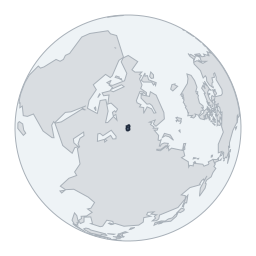 Penza on an orthographic globe, rotated 92°
{"feature_id": "RUS-2373", "entity_name": "Penza", "entity_type": "Region", "adm_level": 1, "iso_a3": "RUS", "parent_name": "Russia", "parent_adm1": "", "projection": "orthographic", "projection_center": [44.677, 53.167], "detail": "fine", "context": "on_globe", "style": "filled", "palette": "slate", "viewbox_px": 256, "rotation_deg": 92, "n_neighbors": 0, "source": "natural_earth", "source_scale": "10m", "svg_char_len": 11558}
<svg xmlns="http://www.w3.org/2000/svg" viewBox="0 0 256 256"><g transform="rotate(92 128 128)"><circle cx="128" cy="128" r="113" fill="#eef3f6" stroke="#a8b0b8"/><path d="M106.2,17.5L111.7,16.8L114.1,18.6L111.1,18.7L112.0,19.3L115.9,19.3L118.2,19.2L126.7,23.1L139.2,26.1L144.3,25.7L142.3,27.0L152.7,25.6L160.2,27.4L151.0,26.3L149.5,26.9L154.3,28.4L153.7,29.4L155.7,30.8L154.7,31.9L149.4,31.4L148.6,32.2L152.0,33.3L153.1,35.2L148.2,33.5L149.7,36.9L141.1,37.2L128.8,32.6L123.3,34.5L108.7,34.6L109.3,35.9L104.1,37.1L102.9,39.1L100.5,38.7L101.6,40.7L103.9,40.6L105.2,41.5L104.7,42.7L101.6,42.4L101.4,41.8L100.2,42.3L98.9,41.7L99.3,42.7L95.6,42.4L98.4,44.6L94.8,45.9L92.6,45.1L93.9,42.8L92.0,35.9L90.2,34.9L86.2,35.5L76.6,41.6L74.1,41.6L69.9,43.3L70.8,44.3L74.3,43.4L74.9,45.9L79.2,44.7L80.0,45.6L84.0,45.5L82.2,48.2L78.3,51.0L74.9,51.3L73.1,52.6L75.4,54.6L68.1,57.6L61.8,64.1L60.0,64.7L58.3,61.4L60.8,55.4L58.6,51.9L58.8,57.0L54.4,58.8L53.2,60.4L52.7,62.0L53.9,62.5L52.1,63.8L51.3,59.1L52.9,57.8L53.1,59.3L54.2,56.5L53.6,53.7L51.5,55.0L52.9,50.1L51.4,51.0L50.8,50.6L53.1,49.3L49.0,51.6L50.3,47.6L44.6,52.4L51.5,45.8L54.8,42.7L58.3,39.7L57.3,40.3L63.2,35.9L63.6,35.6L71.4,30.6L79.7,26.2L88.3,22.6L97.2,19.7L106.2,17.5ZM15.7,136.2L16.0,139.8L17.6,150.2L18.1,152.6L16.6,144.4L15.7,136.2ZM39.9,57.8L35.5,63.8L36.0,63.1L39.9,57.8ZM43.0,54.5L44.3,53.0L43.3,54.3L43.0,54.5ZM119.4,19.1L116.0,19.3L112.7,19.0L115.5,18.7L119.4,19.1ZM125.6,20.3L123.9,20.6L123.0,19.5L124.3,19.7L125.6,20.3ZM148.1,25.3L145.5,24.7L148.2,25.0L148.1,25.3ZM156.2,30.8L157.1,30.7L157.8,31.5L156.2,30.8ZM84.7,44.1L84.4,44.8L83.8,44.4L84.7,44.1ZM86.8,43.4L86.4,42.5L87.3,42.1L87.5,42.6L86.8,43.4ZM156.8,34.0L157.5,35.4L155.8,33.8L156.8,34.0ZM87.0,44.7L89.0,41.4L90.6,40.7L92.8,42.3L87.0,44.7ZM157.4,36.1L159.3,39.7L161.5,39.7L156.4,42.0L156.5,38.0L154.0,36.1L156.3,36.7L157.4,36.1ZM104.9,40.1L102.4,40.2L105.0,39.0L104.9,40.1ZM106.3,39.1L112.6,34.6L116.1,35.2L113.3,36.5L118.2,36.5L116.9,39.0L113.8,39.6L111.8,38.6L112.8,40.3L106.3,39.1ZM153.3,42.7L153.0,43.6L152.3,42.6L153.3,42.7ZM105.9,41.7L106.8,40.7L110.0,41.1L108.6,43.3L108.0,42.4L105.9,41.7ZM120.2,35.4L122.3,36.1L121.8,38.4L122.5,39.0L117.1,39.1L120.2,35.4ZM107.1,43.0L107.9,44.4L105.9,45.4L105.2,42.8L107.1,43.0ZM111.3,40.4L112.8,40.7L111.5,41.2L111.3,40.4ZM99.5,49.8L100.5,48.4L102.3,48.5L99.5,49.8ZM108.3,44.9L109.0,44.5L109.8,44.4L109.9,45.6L108.3,44.9ZM117.1,40.7L116.5,41.6L119.3,40.8L119.0,42.5L115.5,42.4L116.9,43.2L116.8,43.7L114.0,43.0L117.1,40.7ZM112.4,46.5L107.8,47.1L105.5,49.5L103.9,49.5L107.9,45.6L112.4,46.5ZM113.6,44.5L112.5,45.7L111.1,45.0L111.0,43.7L113.6,44.5ZM120.1,43.8L121.4,41.2L122.2,41.3L120.1,43.8ZM112.0,47.3L113.1,47.2L112.0,47.6L112.0,47.3ZM117.9,45.0L118.3,44.0L119.1,44.2L117.9,45.0ZM115.0,47.8L113.5,47.9L113.4,47.0L115.0,47.8ZM116.6,46.6L117.6,47.1L114.2,46.6L116.6,46.2L116.6,46.6ZM118.6,45.4L119.2,45.1L118.4,45.7L118.6,45.4ZM116.3,51.2L112.1,50.8L111.9,48.8L116.0,49.4L116.3,51.2ZM86.5,232.7L85.3,232.1L78.7,228.6L69.2,219.8L71.2,217.6L69.9,214.1L62.0,202.3L63.7,198.2L61.7,194.9L57.6,193.1L55.5,188.9L53.1,187.3L38.7,177.4L34.9,169.5L31.5,151.4L34.5,148.8L36.0,142.6L57.4,135.0L60.8,139.5L76.4,145.6L78.2,147.5L75.2,152.3L86.0,164.2L90.8,161.0L101.7,167.8L109.7,169.2L114.6,159.2L101.5,156.8L100.4,151.1L111.8,148.5L123.4,150.6L123.3,148.5L117.0,142.9L120.6,139.3L114.9,140.6L116.5,143.1L112.9,144.1L111.2,141.9L112.6,140.7L109.4,139.1L103.7,145.8L104.8,149.0L95.7,148.1L96.6,153.5L93.8,155.1L91.3,146.6L92.3,144.0L86.9,133.3L85.0,135.9L90.0,146.3L88.0,144.9L85.5,148.8L85.9,144.8L80.9,133.1L73.4,131.1L62.1,137.1L58.1,135.2L55.5,130.3L61.3,120.6L69.7,126.1L71.9,123.0L71.6,116.1L74.2,118.5L75.1,116.4L78.4,118.2L84.5,115.5L88.1,116.7L91.9,110.8L94.3,110.8L91.4,114.2L91.2,117.4L100.3,120.6L102.5,119.8L104.2,115.8L106.5,117.3L107.0,113.0L112.9,112.9L106.2,109.6L108.0,105.1L112.3,102.6L111.8,100.6L104.7,104.8L103.0,107.1L103.5,109.9L97.7,116.0L94.3,116.0L95.7,107.7L91.0,106.9L94.2,101.0L111.3,92.7L117.7,92.0L125.3,100.1L123.0,102.8L119.1,101.1L121.4,106.8L121.8,104.3L123.7,105.7L126.0,102.0L127.4,102.8L127.1,98.1L129.1,98.7L129.3,101.7L134.4,97.1L139.0,97.5L139.4,96.1L138.6,94.5L145.0,96.1L145.0,95.0L143.0,94.1L141.7,91.3L142.0,87.2L144.2,88.0L144.4,89.6L148.1,94.2L148.3,98.5L149.2,98.5L149.6,94.9L145.1,89.2L144.6,86.5L147.1,88.9L146.2,87.8L146.6,86.7L149.1,86.5L146.6,83.8L148.7,71.7L153.8,70.3L155.8,73.5L159.6,66.6L165.0,66.0L163.1,65.0L163.6,61.4L161.9,61.5L161.0,60.8L161.6,52.0L163.5,50.8L161.6,46.3L160.6,45.9L159.1,46.6L156.4,42.0L161.5,39.7L163.5,40.8L165.3,38.8L169.6,41.6L173.9,43.2L177.5,47.8L180.7,48.8L181.0,47.9L185.5,48.9L193.7,54.2L185.5,53.6L173.1,47.4L178.0,50.2L176.4,50.7L177.9,52.5L181.5,54.5L182.2,53.9L185.4,64.0L193.0,72.5L193.6,68.4L196.5,68.2L205.7,75.3L213.9,93.4L217.8,94.1L219.7,96.4L220.0,100.5L217.2,97.3L215.3,98.6L213.7,96.3L213.2,102.1L210.9,99.1L211.6,105.3L214.1,106.4L215.4,102.2L217.0,109.1L221.5,109.5L224.7,113.9L226.3,128.6L223.9,137.4L224.3,139.2L221.9,139.9L220.9,146.0L227.0,149.9L227.6,152.3L224.9,161.8L224.5,160.2L218.2,162.1L218.6,168.8L223.4,168.7L225.1,172.2L222.1,174.2L220.1,171.3L217.9,171.8L217.4,166.4L213.5,160.9L210.3,165.6L209.5,162.3L203.6,158.8L198.5,165.3L191.1,180.0L191.8,188.3L188.5,193.6L180.3,185.3L177.2,177.6L173.8,179.8L165.6,174.7L150.3,177.9L148.5,175.7L145.6,177.4L139.9,175.6L137.2,171.7L133.6,172.2L140.7,182.2L144.7,181.6L148.4,177.1L149.6,180.6L155.2,182.9L147.8,192.6L125.7,201.2L124.2,194.8L110.7,174.6L111.4,172.3L111.4,172.1L111.3,171.6L109.4,175.1L107.3,170.8L113.8,185.5L114.6,191.2L125.4,201.5L124.2,202.5L127.9,204.4L140.3,201.6L140.3,203.6L134.0,212.8L117.3,223.0L119.9,228.9L119.3,233.1L109.8,234.4L111.5,236.8L106.7,236.7L107.0,237.6L103.7,237.6L97.7,236.5L88.4,233.4L86.5,232.7ZM48.8,142.6L48.0,144.3L48.8,142.6ZM135.0,158.0L142.4,158.1L140.2,151.3L142.9,150.8L141.1,148.7L140.0,150.8L136.0,145.1L139.5,142.8L139.2,139.7L136.7,139.6L130.8,144.7L136.6,152.8L134.4,155.7L135.0,158.0ZM28.8,74.8L27.6,77.2L28.5,75.3L28.8,74.8ZM33.2,67.2L34.4,65.4L29.7,73.1L31.1,70.5L33.2,67.2ZM42.2,55.2L41.2,56.4L41.0,56.5L42.2,55.2ZM42.3,55.4L42.5,55.1L43.4,54.2L42.3,55.4ZM54.5,59.0L54.5,59.5L53.7,61.2L53.4,60.6L54.5,59.0ZM54.2,68.6L51.4,70.6L53.2,68.6L52.2,67.9L54.8,63.2L59.3,64.8L56.8,64.8L54.2,68.6ZM59.4,57.6L57.3,60.2L59.4,57.3L59.4,57.6ZM77.1,104.2L77.7,106.4L75.7,108.2L71.2,107.2L74.0,104.4L77.1,104.2ZM79.1,109.1L81.7,101.4L84.6,101.9L82.6,102.9L84.2,104.0L81.3,105.9L81.5,114.2L79.8,116.4L72.4,112.9L75.7,112.8L74.9,110.5L79.1,109.1ZM83.4,82.7L84.6,79.8L89.4,84.5L87.7,86.7L83.1,85.6L82.3,82.5L83.4,82.7ZM90.5,48.4L90.7,47.4L91.5,47.4L92.1,48.3L90.5,48.4ZM99.8,49.1L90.8,53.1L90.5,52.0L85.6,55.8L82.9,54.7L86.2,52.2L80.4,54.2L82.3,51.6L78.5,53.3L86.1,48.0L87.5,45.8L86.9,48.6L89.4,49.7L90.9,49.6L96.2,47.5L100.5,43.6L103.6,44.3L104.7,45.8L104.1,46.8L102.3,46.0L102.8,48.0L99.7,47.7L99.8,49.1ZM115.0,65.7L113.1,63.9L113.7,68.7L110.6,68.0L110.9,68.6L108.2,69.4L105.4,71.4L104.1,70.7L103.6,71.8L101.8,72.4L100.6,73.7L97.9,72.9L96.3,74.5L96.0,73.3L93.8,76.2L94.2,73.7L92.0,74.4L92.8,76.5L81.4,70.2L76.4,69.8L71.9,71.0L73.2,66.8L78.3,63.1L84.8,60.5L89.5,61.6L89.3,59.6L91.5,59.6L90.7,61.1L93.1,58.7L94.7,59.2L100.6,57.4L103.1,53.9L105.3,53.3L105.1,54.9L107.4,53.2L108.6,55.8L110.2,55.5L112.9,57.9L111.7,61.4L113.6,60.7L115.7,62.7L115.0,65.7ZM117.0,52.0L116.2,56.0L114.1,57.7L110.2,52.9L108.6,52.8L106.0,50.0L109.1,47.7L109.6,48.7L110.7,49.1L109.3,49.7L111.3,49.6L112.0,51.0L113.7,51.3L113.0,52.5L117.0,52.0ZM80.9,146.4L82.4,147.3L84.9,148.1L83.4,150.7L80.9,146.4ZM77.4,138.5L78.8,138.8L77.9,142.6L76.4,141.7L77.4,138.5ZM80.4,135.8L79.0,138.5L78.8,136.5L80.4,135.8ZM92.8,114.3L94.4,114.4L94.3,115.5L93.0,116.6L92.8,114.3ZM116.1,80.5L115.4,79.0L116.0,78.6L116.6,75.0L119.0,75.3L119.5,77.6L116.1,80.5ZM112.0,160.7L109.2,162.4L108.2,161.2L109.3,160.9L112.0,160.7ZM95.3,156.9L98.7,159.3L94.8,157.6L95.3,156.9ZM118.8,80.2L118.7,78.7L119.9,79.8L118.8,80.2ZM120.7,75.4L122.2,76.4L119.3,74.9L120.7,75.4ZM139.0,232.3L132.3,238.1L126.9,238.2L125.4,236.9L127.6,233.4L133.8,232.1L136.7,230.0L139.0,232.3ZM234.9,163.3L235.7,161.0L235.6,161.4L234.9,163.3ZM234.2,164.9L235.3,162.1L233.8,166.0L234.2,164.9ZM235.6,161.0L236.7,157.5L237.2,155.7L237.0,156.6L235.6,161.0ZM233.4,166.8L228.0,176.8L225.5,179.9L226.3,177.9L230.3,171.9L233.4,166.8ZM226.1,178.2L222.1,180.7L214.7,178.5L217.4,176.1L224.7,174.1L224.3,175.6L226.8,174.7L226.1,178.2ZM235.0,157.8L234.5,161.3L231.8,166.7L230.4,168.7L229.5,166.6L230.0,163.7L231.2,161.8L234.6,146.8L236.1,145.6L235.3,151.1L236.4,151.3L235.0,157.8ZM192.4,188.8L195.3,192.0L193.3,193.8L192.4,188.8ZM235.0,138.6L234.3,145.0L234.6,137.8L235.0,138.6ZM234.5,132.8L235.1,134.2L234.1,134.0L234.5,132.8ZM225.2,141.6L224.0,144.1L223.5,143.0L224.7,139.1L225.2,141.6ZM227.2,117.7L229.0,121.2L229.4,122.9L227.9,121.8L227.2,117.7ZM138.7,82.1L135.3,86.7L134.4,90.5L136.3,93.3L132.1,91.4L133.5,85.5L138.7,82.1ZM147.3,72.9L145.5,70.6L147.2,70.4L147.8,70.9L147.3,72.9ZM145.6,72.3L141.7,71.8L141.4,69.8L144.5,70.6L145.6,72.3ZM130.2,75.8L129.0,77.1L128.1,76.1L130.2,75.8ZM240.5,133.6L240.3,135.6L240.6,130.6L240.5,133.6ZM239.5,143.7L239.4,144.7L239.2,145.3L239.5,143.7ZM240.0,140.1L239.7,142.6L239.8,141.6L240.0,139.6L240.0,140.1ZM237.1,150.3L237.4,151.1L238.4,146.4L237.6,150.8L238.0,151.4L237.6,153.4L237.3,152.4L236.7,156.6L236.2,158.0L236.2,156.0L236.9,150.9L237.4,147.9L239.1,141.1L237.1,150.3ZM239.9,139.4L239.7,138.2L239.8,136.0L240.0,136.1L239.9,139.4ZM238.6,135.9L237.5,135.9L237.0,139.3L237.6,130.9L238.6,132.2L238.6,135.9ZM236.9,132.4L236.5,135.5L236.6,131.1L236.9,132.4ZM236.1,135.2L235.5,133.6L236.1,132.1L236.1,135.2ZM237.2,131.3L236.5,127.8L237.2,128.7L237.2,131.3ZM233.9,130.2L236.1,129.5L234.1,133.1L231.7,127.2L232.3,125.0L233.9,130.2ZM222.7,93.7L221.3,92.5L221.2,90.1L222.2,91.6L222.7,93.7ZM219.7,82.0L220.7,89.1L221.3,95.2L222.2,94.6L224.3,98.6L221.8,97.8L219.7,91.5L219.7,87.5L217.5,84.5L216.2,80.4L213.2,77.9L211.9,75.5L214.6,76.6L219.7,82.0ZM211.9,77.0L206.2,71.8L207.1,68.9L208.6,69.3L210.8,72.9L210.2,74.2L211.9,77.0ZM205.1,69.7L204.5,71.0L194.8,67.3L193.0,65.8L200.8,66.8L200.6,68.1L202.9,69.6L205.1,69.7ZM154.2,43.8L153.1,43.6L154.0,43.2L154.2,43.8ZM160.1,61.0L159.1,59.9L160.1,59.3L160.1,61.0ZM156.7,56.7L156.3,58.1L155.9,56.3L156.7,56.7ZM155.3,61.4L155.6,58.5L156.6,61.8L155.3,61.4Z" fill="#d9dde1" stroke="#a8b0b8" stroke-width="1"/><path d="M125.0,127.2L125.0,126.9L125.1,126.7L125.3,126.6L125.4,126.8L125.5,126.8L125.5,126.7L125.5,126.8L125.6,126.7L125.7,126.8L125.8,126.8L125.8,126.7L126.0,126.7L126.3,126.7L126.2,126.5L126.2,126.4L126.3,126.3L126.5,126.3L126.8,126.4L127.0,126.5L127.1,126.8L127.3,126.9L127.5,126.9L127.8,127.0L128.0,127.0L128.1,126.9L128.0,126.7L127.9,126.7L128.0,126.5L128.2,126.4L128.4,126.4L128.5,126.4L128.7,126.5L128.8,126.6L129.0,126.6L129.2,126.4L129.3,126.3L129.5,126.3L129.7,126.5L129.8,126.5L129.8,126.8L130.0,126.9L130.0,127.0L130.1,127.3L130.3,127.4L130.4,127.5L130.5,127.5L130.7,127.8L130.7,128.0L130.6,128.3L130.7,128.5L130.7,128.8L130.6,129.0L130.4,129.0L130.3,128.9L130.2,128.9L129.9,129.0L129.7,129.2L129.6,129.3L129.6,129.5L129.3,129.4L129.2,129.4L129.3,129.3L129.2,129.3L128.9,129.5L128.7,129.5L128.4,129.7L128.2,129.4L127.9,129.3L127.8,129.2L127.8,129.3L127.8,129.5L127.7,129.5L127.4,129.6L127.2,129.6L126.9,129.4L126.8,129.5L126.6,129.4L126.6,129.5L126.4,129.5L126.4,129.4L126.2,129.4L126.1,129.5L126.0,129.3L126.1,129.2L126.3,129.0L126.3,128.9L126.1,128.7L125.9,128.4L125.7,128.3L125.6,128.1L125.4,128.0L125.5,127.9L125.3,127.6L125.2,127.6L125.2,127.4L125.1,127.2L125.0,127.2Z" fill="#64748b" stroke="#1e293b" stroke-width="1.5"/></g></svg>